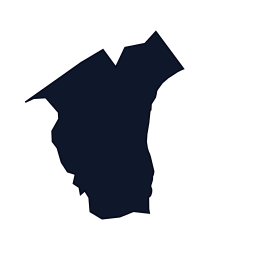 the district of Pulaski, Illinois, United States of America, rotated 324°
{"feature_id": "52423323B7209485651557", "entity_name": "Pulaski", "entity_type": "district", "adm_level": 2, "iso_a3": "USA", "parent_name": "United States of America", "parent_adm1": "Illinois", "projection": "equal_earth", "projection_center": [-89.12, 37.202], "detail": "fine", "context": "isolated", "style": "filled", "palette": "ink", "viewbox_px": 256, "rotation_deg": 324, "n_neighbors": 0, "source": "geoboundaries", "source_scale": "gbopen_adm2", "svg_char_len": 890}
<svg xmlns="http://www.w3.org/2000/svg" viewBox="0 0 256 256"><g transform="rotate(324 128 128)"><path d="M207.7,112.7L207.2,66.4L191.3,69.7L172.9,61.2L153.9,71.6L153.8,49.9L128.7,47.6L96.5,47.2L60.0,46.7L69.1,48.5L79.3,55.0L81.0,74.5L77.5,80.0L64.7,85.9L58.9,94.6L59.1,102.6L54.0,116.7L53.4,127.9L58.3,134.5L51.2,140.8L53.7,147.3L50.5,153.9L56.2,153.4L55.6,161.5L48.3,173.5L53.7,186.2L69.2,195.0L83.5,198.6L95.2,209.3L97.0,205.6L103.3,196.7L104.7,195.7L105.4,196.1L106.9,195.6L109.3,193.7L110.8,191.8L111.9,188.6L112.3,187.9L116.8,184.5L118.2,183.0L119.0,181.7L121.2,180.3L123.2,178.3L128.8,164.9L129.9,161.7L130.4,159.2L131.7,155.5L134.6,149.9L139.4,144.1L147.8,135.8L155.5,127.2L157.2,126.6L160.7,122.2L168.1,119.2L171.8,116.0L170.6,116.4L174.1,114.1L182.2,111.5L189.8,110.8L201.2,111.4L205.4,112.1L206.0,112.2L207.7,112.7Z" fill="#0f172a" stroke="#020617" stroke-width="1.5"/></g></svg>